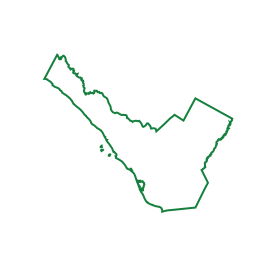 the district of Aitape/Lumi District, Sandaun, Papua New Guinea, rotated 208°
{"feature_id": "67681753B88844434535712", "entity_name": "Aitape/Lumi District", "entity_type": "district", "adm_level": 2, "iso_a3": "PNG", "parent_name": "Papua New Guinea", "parent_adm1": "Sandaun", "projection": "robinson", "projection_center": [142.359, -3.333], "detail": "fine", "context": "isolated", "style": "outline", "palette": "green", "viewbox_px": 256, "rotation_deg": 208, "n_neighbors": 0, "source": "geoboundaries", "source_scale": "gbopen_adm2", "svg_char_len": 5758}
<svg xmlns="http://www.w3.org/2000/svg" viewBox="0 0 256 256"><g transform="rotate(208 128 128)"><path d="M224.9,132.1L223.9,132.6L222.0,133.0L221.5,132.7L218.6,132.5L217.5,132.3L215.2,131.4L214.9,130.4L213.8,130.2L212.3,130.0L208.5,130.4L207.4,130.3L206.7,130.1L206.1,129.7L205.7,129.7L205.5,129.4L204.0,129.3L202.7,128.3L197.4,127.8L193.2,126.9L190.0,125.5L187.4,123.7L186.8,123.7L186.7,123.6L182.8,122.7L180.8,122.4L178.3,121.8L175.8,120.9L172.8,119.5L171.5,119.1L170.9,119.1L170.6,118.8L168.7,118.0L166.9,117.6L165.2,116.9L163.8,116.1L162.8,115.1L162.2,115.0L161.8,114.7L161.0,114.5L158.6,114.4L155.0,113.4L153.3,113.4L150.5,113.1L150.2,112.8L148.6,112.2L147.7,111.6L145.0,109.6L144.2,109.5L144.3,109.2L143.5,108.7L141.6,107.4L141.2,107.5L141.4,107.1L140.7,106.6L137.0,105.0L135.7,104.2L132.6,102.7L129.8,100.2L129.0,100.5L128.9,100.4L129.2,100.3L129.2,100.1L128.3,100.1L126.0,99.5L125.4,98.7L125.4,97.8L125.3,97.5L125.6,97.5L125.8,97.3L124.8,96.6L124.6,95.9L120.9,95.9L118.5,95.7L116.9,95.4L113.5,94.0L110.1,91.9L109.6,92.0L109.3,91.7L106.7,92.0L106.4,92.2L106.6,92.9L106.4,93.1L106.5,93.3L106.1,93.5L104.8,92.5L104.7,92.2L104.1,92.2L103.6,91.8L105.3,92.1L106.2,92.0L106.3,91.9L101.6,90.8L100.3,89.9L98.8,88.7L97.8,87.6L93.5,83.7L90.7,81.5L89.7,80.5L89.8,80.9L89.8,81.3L90.2,81.3L90.0,81.6L90.1,81.8L90.3,81.7L91.3,82.3L93.6,84.1L95.5,85.9L95.5,86.1L94.9,86.2L94.4,85.9L93.8,86.3L93.7,86.2L93.7,85.8L93.4,86.0L93.4,86.5L92.9,87.0L92.1,86.5L92.3,86.1L92.3,85.9L91.5,86.3L91.4,86.7L91.6,87.2L90.6,87.2L90.2,87.7L89.9,87.3L89.3,87.4L89.0,87.2L88.2,87.1L88.1,86.7L87.9,86.7L87.5,86.2L87.3,86.2L87.0,85.8L87.1,84.7L86.7,84.3L86.8,83.7L86.5,83.0L86.4,82.3L86.6,82.0L87.3,81.4L87.7,80.5L87.2,80.8L86.8,80.7L86.7,80.4L86.4,80.5L85.8,80.7L85.4,80.0L85.7,79.7L86.0,79.6L87.1,78.8L87.4,78.8L89.0,80.1L88.8,79.6L85.9,77.4L84.2,76.6L82.2,75.2L80.3,73.5L77.4,71.7L76.4,71.5L76.6,72.5L76.2,71.7L75.9,71.2L72.6,71.2L70.7,71.4L70.2,71.7L69.9,71.5L69.0,71.6L66.7,72.0L63.2,73.1L61.3,73.1L60.4,72.6L60.1,72.2L58.8,71.1L58.5,70.2L55.0,73.4L31.1,89.4L31.7,110.5L31.7,117.2L43.3,125.5L42.7,126.3L42.7,127.0L41.9,128.2L41.5,129.5L41.9,129.5L42.3,131.0L43.7,133.0L43.7,134.0L43.1,134.5L43.1,135.1L43.2,135.4L42.9,136.1L43.3,136.6L43.6,136.8L43.4,137.2L43.4,137.4L44.0,137.8L44.1,138.6L43.9,138.7L44.0,138.9L43.9,139.3L43.4,139.5L43.7,140.2L43.4,140.9L42.7,141.1L42.6,141.3L42.6,142.1L42.3,142.4L42.5,142.6L42.4,142.9L42.7,143.1L42.4,143.3L42.4,144.0L42.2,144.3L42.7,144.7L42.7,145.3L42.3,146.4L41.9,146.8L41.7,148.5L42.0,149.2L42.0,150.1L42.2,150.3L41.7,151.3L41.6,152.0L42.2,154.2L41.8,154.7L42.2,155.2L42.2,155.9L42.6,155.9L42.9,156.1L43.3,157.2L43.2,157.8L42.8,158.2L42.7,159.3L42.9,160.1L42.6,160.8L42.0,160.9L41.7,160.6L41.2,160.8L40.7,161.5L40.8,161.9L40.3,161.9L40.3,162.3L40.6,163.2L40.5,163.8L40.4,163.9L40.1,163.6L39.7,163.8L39.5,164.8L39.6,165.3L40.2,165.6L40.1,165.9L40.0,166.8L39.7,166.9L39.9,167.2L39.7,168.2L39.4,168.4L38.8,168.2L39.0,169.2L38.7,169.4L38.8,169.8L39.1,170.1L38.9,171.0L39.3,171.2L39.1,171.5L39.3,171.8L39.0,172.1L39.0,172.6L39.3,172.7L39.3,173.6L38.9,174.7L40.0,174.4L40.1,175.0L39.8,176.1L40.5,177.2L40.4,177.5L39.3,178.2L39.3,178.4L39.9,178.1L40.2,178.3L40.4,179.6L40.2,180.4L40.7,180.9L40.0,180.8L40.2,181.2L39.9,182.4L40.1,183.1L39.8,183.7L40.3,184.4L40.3,185.2L82.4,185.8L82.5,160.6L93.1,161.5L93.6,160.0L95.3,156.3L97.8,148.4L101.4,138.3L102.7,139.9L103.4,140.3L104.1,140.2L105.7,139.6L107.3,138.3L107.6,138.4L108.9,140.0L109.7,140.5L110.2,140.5L111.9,141.3L112.6,141.4L113.2,141.1L113.4,140.7L113.6,138.6L114.1,137.5L115.0,136.2L115.8,136.2L118.0,138.0L119.2,138.7L121.5,139.6L122.0,138.9L122.5,138.6L123.8,138.4L125.3,137.6L126.1,136.7L126.9,135.5L127.6,135.9L128.4,135.9L129.0,135.6L129.6,135.5L132.0,136.5L132.8,136.5L133.4,136.2L133.7,136.5L133.8,137.0L134.2,137.3L135.0,138.3L136.1,138.4L137.9,137.5L138.7,137.3L139.4,136.6L139.9,136.4L141.3,136.5L141.9,136.3L143.4,136.6L144.3,136.5L145.4,136.2L146.4,135.0L148.5,134.8L150.8,135.6L152.2,136.9L153.4,138.7L155.4,140.1L157.0,141.1L158.8,143.0L160.1,144.0L161.2,144.5L163.6,144.5L165.2,145.1L166.3,146.1L167.6,146.7L168.2,146.5L168.5,146.0L169.1,145.7L169.5,145.7L170.4,146.3L171.3,145.5L171.7,145.7L172.2,145.6L172.6,146.1L173.1,146.2L175.3,145.1L175.1,144.5L174.6,144.1L174.3,143.3L174.3,142.9L174.8,142.2L175.3,142.4L176.3,142.3L176.7,141.6L177.3,141.3L177.8,141.5L178.3,141.2L178.5,141.5L178.8,141.0L178.5,140.2L178.6,139.7L179.3,139.5L179.6,139.7L180.6,139.4L180.8,139.0L180.9,137.8L181.1,137.7L181.9,138.5L182.2,138.4L182.6,139.0L183.3,139.1L184.2,139.8L184.6,140.6L184.6,141.4L184.9,142.6L185.2,142.9L186.2,143.0L186.6,143.8L187.4,144.4L187.1,144.9L187.8,146.1L188.9,146.7L189.1,147.1L189.1,147.8L189.9,148.7L190.3,148.7L190.8,148.2L191.1,148.2L191.5,148.6L192.0,148.7L192.2,149.2L191.9,149.8L192.1,150.1L192.6,149.8L192.8,150.2L193.8,150.2L194.6,149.6L197.3,149.8L198.3,150.1L198.6,150.6L197.9,151.5L198.0,152.1L199.1,151.0L200.1,151.5L201.1,150.9L202.1,150.9L202.4,151.2L202.3,151.7L202.4,153.0L203.3,152.9L203.4,154.2L203.9,154.5L204.6,154.5L205.4,154.1L205.8,153.7L205.8,153.2L206.2,152.7L207.5,153.6L208.2,153.8L208.8,153.8L209.4,154.1L209.8,155.8L211.7,156.3L213.6,157.7L214.3,157.7L214.8,158.8L216.4,160.7L217.3,161.2L217.9,161.3L218.6,161.6L219.0,161.5L219.3,161.0L219.7,159.6L220.2,159.4L220.2,158.8L219.4,157.8L219.7,157.2L220.6,156.5L221.2,156.6L221.5,156.9L221.6,157.7L223.3,158.3L224.3,159.3L224.9,159.4L224.9,132.1ZM131.6,96.3L132.2,95.5L132.2,94.8L132.0,94.5L131.3,94.7L131.1,95.0L131.2,96.2L131.6,96.3ZM141.3,96.1L141.2,95.6L140.6,95.2L140.2,96.0L139.9,96.3L139.7,97.0L139.9,97.1L140.0,97.1L140.7,96.2L141.1,96.3L141.3,96.1ZM142.9,100.0L143.2,99.4L143.3,98.4L143.1,98.2L142.1,98.9L142.6,99.7L142.9,100.0Z" fill="none" stroke="#15803d" stroke-width="2"/></g></svg>